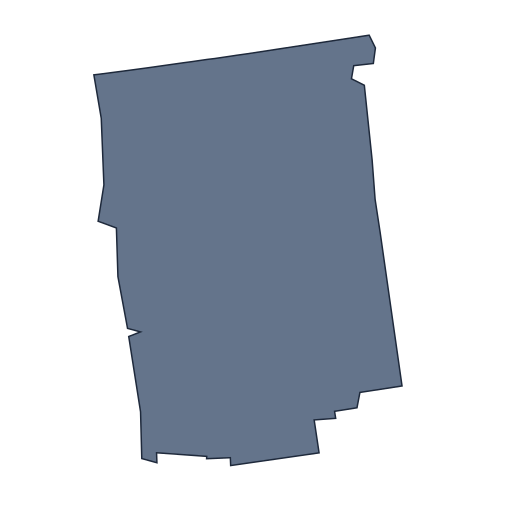 Lawrence, Tennessee, United States of America (Mercator projection), rotated 171°
{"feature_id": "52423323B73768341334687", "entity_name": "Lawrence", "entity_type": "district", "adm_level": 2, "iso_a3": "USA", "parent_name": "United States of America", "parent_adm1": "Tennessee", "projection": "mercator", "projection_center": [-87.387, 35.229], "detail": "fine", "context": "isolated", "style": "filled", "palette": "slate", "viewbox_px": 512, "rotation_deg": 171, "n_neighbors": 0, "source": "geoboundaries", "source_scale": "gbopen_adm2", "svg_char_len": 699}
<svg xmlns="http://www.w3.org/2000/svg" viewBox="0 0 512 512"><g transform="rotate(171 256 256)"><path d="M132.1,104.8L129.7,259.4L129.5,293.4L126.3,332.4L122.3,407.7L134.0,416.1L129.7,428.7L110.0,427.8L105.5,442.8L109.7,456.4L232.8,457.1L238.9,457.2L244.1,457.3L247.1,457.3L266.1,457.5L273.5,457.8L289.4,458.0L296.7,458.2L333.1,458.8L354.3,459.3L383.1,460.1L387.8,460.3L387.3,416.2L395.1,350.0L406.5,315.0L389.5,305.5L395.6,257.2L394.2,204.6L382.0,199.1L394.3,196.4L394.4,120.1L400.5,73.8L386.2,67.3L385.0,77.2L336.0,65.8L336.5,63.5L312.9,60.8L313.8,53.0L224.5,51.7L224.2,85.0L202.7,83.2L202.7,90.3L180.0,90.3L174.7,105.0L132.1,104.8Z" fill="#64748b" stroke="#1e293b" stroke-width="1.5"/></g></svg>